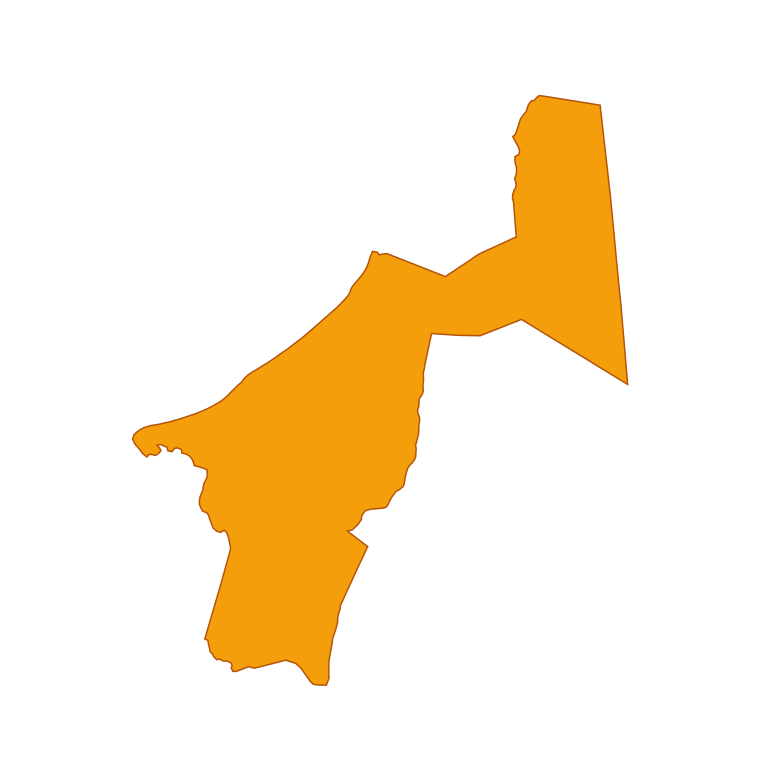 the district of Aracati, Ceará, Brazil, rotated 278°
{"feature_id": "56859067B80165921841857", "entity_name": "Aracati", "entity_type": "district", "adm_level": 2, "iso_a3": "BRA", "parent_name": "Brazil", "parent_adm1": "Ceará", "projection": "albers", "projection_center": [-37.699, -4.677], "detail": "fine", "context": "isolated", "style": "filled", "palette": "amber", "viewbox_px": 768, "rotation_deg": 278, "n_neighbors": 0, "source": "geoboundaries", "source_scale": "gbopen_adm2", "svg_char_len": 3613}
<svg xmlns="http://www.w3.org/2000/svg" viewBox="0 0 768 768"><g transform="rotate(278 384 384)"><path d="M513.8,354.2L508.3,352.7L502.2,351.8L496.1,350.3L492.2,348.7L488.9,347.0L482.7,343.2L475.8,338.9L472.6,337.9L469.6,337.4L466.3,335.9L463.6,334.2L460.8,332.3L453.3,326.8L449.0,323.1L443.5,318.4L441.4,316.5L431.9,308.5L426.3,303.5L421.8,299.6L418.2,296.4L413.2,291.4L409.7,287.9L405.6,284.0L402.9,281.1L400.8,278.7L397.5,275.2L394.2,271.9L391.6,268.8L388.7,265.7L386.2,262.5L383.9,259.8L380.3,255.4L377.5,251.9L374.1,248.2L370.1,244.8L366.1,242.8L361.9,239.0L359.1,237.0L356.6,235.1L354.4,233.3L351.8,231.5L347.6,228.2L344.1,224.7L340.1,219.6L337.0,215.5L334.8,212.3L332.6,208.8L328.8,202.3L325.2,195.2L321.1,186.9L317.0,177.8L315.2,172.9L313.1,167.5L310.3,158.7L308.8,155.4L307.3,152.3L305.1,149.2L302.7,146.6L299.2,143.6L294.6,142.7L289.9,145.7L285.7,150.6L281.5,154.7L278.7,159.3L281.9,161.6L281.8,164.5L281.5,167.8L284.1,170.6L287.0,172.4L289.5,170.6L291.8,167.7L293.0,171.7L292.0,174.6L291.2,177.8L287.7,179.3L287.5,183.6L291.0,185.4L292.0,188.3L290.9,192.5L287.5,193.5L287.1,197.9L285.5,201.5L283.5,203.8L280.2,206.1L276.8,207.4L276.2,212.9L274.6,220.5L271.0,221.3L268.0,221.9L264.5,221.0L260.1,219.5L257.3,219.3L253.2,219.4L250.0,218.3L246.2,217.5L242.8,217.4L239.3,217.9L236.2,219.7L233.0,221.9L231.6,227.0L228.9,228.8L226.2,230.1L222.6,232.1L217.4,235.0L214.9,239.2L214.3,242.9L217.1,246.0L215.0,248.9L209.8,251.6L201.8,254.4L198.6,255.0L184.3,253.1L167.6,250.9L163.8,250.4L106.5,242.0L105.7,245.3L101.5,246.5L97.9,248.1L95.0,248.8L92.8,251.5L90.0,253.7L87.8,256.7L88.7,259.8L87.3,263.0L87.8,267.4L86.6,271.0L84.3,272.7L81.5,272.2L78.4,274.4L78.8,277.7L81.4,282.3L83.5,286.2L85.2,289.1L84.6,295.5L96.8,325.1L95.1,335.3L91.5,340.8L78.7,353.0L76.7,356.2L76.8,360.9L77.7,368.8L85.1,370.5L88.4,369.8L101.4,368.0L120.4,368.7L124.1,368.6L127.3,369.0L131.8,370.0L136.4,370.7L141.8,371.2L146.0,370.7L151.4,371.0L154.2,371.8L158.8,371.7L200.7,384.3L220.7,390.5L233.3,368.1L235.1,373.0L238.1,375.2L241.3,377.8L243.8,379.0L246.6,380.5L250.1,380.2L253.4,381.7L255.9,383.2L258.0,387.8L260.2,396.9L261.2,401.0L262.6,403.5L265.3,404.8L268.9,405.8L273.4,407.7L279.0,410.7L282.5,414.9L285.5,417.3L288.2,417.9L291.1,417.9L298.6,418.3L304.5,419.4L307.2,420.9L309.9,422.9L312.9,424.6L316.5,425.5L321.2,425.1L324.8,424.8L327.7,423.8L331.3,424.3L335.7,424.8L339.6,425.1L344.3,424.7L348.2,424.2L353.3,424.4L356.5,423.6L359.7,421.6L363.4,420.8L366.6,421.6L370.0,421.3L374.0,420.9L377.0,422.3L380.1,423.6L384.1,423.8L386.8,422.9L390.2,422.7L393.5,422.6L397.3,422.0L400.4,421.3L403.4,421.7L407.4,421.8L413.0,422.1L434.1,423.6L440.6,424.1L442.5,450.6L445.2,472.5L467.1,511.2L463.9,518.5L417.5,625.3L464.7,614.6L496.2,607.4L514.3,602.9L531.4,598.8L537.5,597.3L563.0,591.3L584.6,586.1L604.1,581.4L690.2,559.2L691.3,501.5L691.3,497.7L688.9,495.2L685.9,493.6L685.0,490.7L682.0,488.7L678.6,487.7L673.9,487.0L669.8,484.5L665.3,482.2L662.5,481.8L659.1,481.2L655.6,480.6L652.3,480.0L649.2,479.1L646.9,477.1L644.3,478.9L640.9,481.5L636.9,484.5L632.9,486.0L629.8,485.4L627.5,482.1L623.8,482.5L619.4,483.8L616.6,485.2L612.7,485.8L609.3,485.6L605.6,484.8L602.4,486.2L599.5,487.2L596.6,486.9L594.1,485.9L589.7,485.1L585.6,485.4L582.3,486.9L548.1,494.5L546.6,492.2L544.4,488.7L542.2,485.4L540.5,482.8L538.7,479.9L536.0,475.7L533.9,472.4L531.9,469.2L530.2,466.6L528.0,463.2L525.8,459.9L523.9,457.7L521.9,455.4L519.3,452.7L517.2,450.3L514.5,447.4L512.2,444.8L509.4,441.5L507.0,439.0L504.3,435.9L501.5,432.7L498.9,430.0L513.5,368.7L512.6,364.8L511.2,361.3L513.5,359.2L513.8,354.2Z" fill="#f59e0b" stroke="#b45309" stroke-width="1.5"/></g></svg>